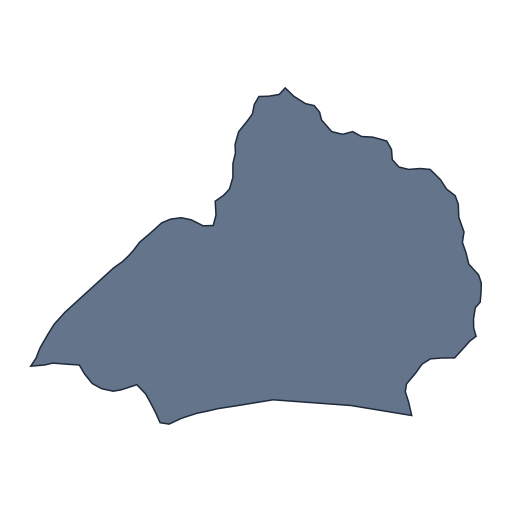 outline of Severínia, São Paulo, Brazil
{"feature_id": "56859067B63517445883281", "entity_name": "Severínia", "entity_type": "district", "adm_level": 2, "iso_a3": "BRA", "parent_name": "Brazil", "parent_adm1": "São Paulo", "projection": "albers", "projection_center": [-48.796, -20.784], "detail": "fine", "context": "isolated", "style": "filled", "palette": "slate", "viewbox_px": 512, "rotation_deg": 0, "n_neighbors": 0, "source": "geoboundaries", "source_scale": "gbopen_adm2", "svg_char_len": 1338}
<svg xmlns="http://www.w3.org/2000/svg" viewBox="0 0 512 512"><path d="M285.2,87.9L279.1,94.5L268.7,96.2L258.9,96.5L254.3,104.4L252.4,113.9L247.8,120.3L238.7,131.6L235.1,144.2L235.4,153.2L232.9,163.6L232.9,177.4L229.4,189.2L223.6,195.3L215.2,201.2L216.0,215.0L213.2,225.5L203.1,225.8L191.3,219.8L181.2,217.7L170.6,219.1L161.8,222.8L151.7,231.9L139.4,242.4L133.9,249.8L128.5,255.9L122.2,261.8L113.7,267.8L65.0,312.2L54.2,324.2L48.0,334.1L40.2,347.6L35.9,358.4L30.7,366.2L44.6,365.0L52.6,363.1L65.9,364.1L79.3,365.0L84.5,373.9L92.2,383.5L101.6,388.7L113.3,391.2L120.9,389.9L136.8,384.7L145.6,393.9L151.3,404.2L155.9,413.3L160.1,422.7L169.1,424.1L181.2,418.4L196.7,413.3L207.5,411.1L218.1,408.6L238.3,405.5L273.1,399.8L350.8,405.5L411.7,415.5L408.6,402.0L405.3,391.7L406.5,384.0L415.7,373.0L422.1,364.1L430.3,358.9L441.7,358.0L454.6,357.9L462.2,349.6L469.9,341.0L476.1,336.3L473.7,328.2L473.5,318.9L475.3,307.8L480.2,302.1L481.0,293.0L481.3,283.0L478.6,274.9L468.8,264.1L466.0,252.8L462.4,242.4L464.0,231.9L458.8,217.3L458.3,204.3L455.2,195.7L446.6,189.1L440.5,179.7L430.1,169.4L420.3,168.5L408.5,169.4L398.9,167.0L392.3,159.7L391.5,149.5L386.7,141.0L372.6,137.1L361.5,136.5L352.7,131.6L342.6,134.3L331.7,131.6L321.5,119.9L319.6,112.2L314.2,105.6L305.4,103.6L293.7,96.2L285.2,87.9Z" fill="#64748b" stroke="#1e293b" stroke-width="1.5"/></svg>